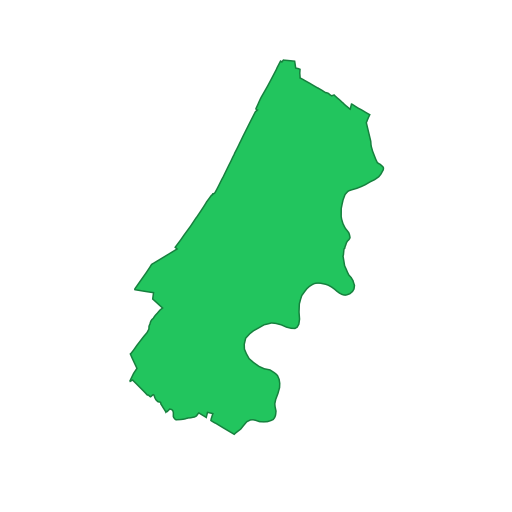 outline of Tamaseni, Neamt, Romania, rotated 53°
{"feature_id": "2599482B76925669671751", "entity_name": "Tamaseni", "entity_type": "district", "adm_level": 2, "iso_a3": "ROU", "parent_name": "Romania", "parent_adm1": "Neamt", "projection": "albers", "projection_center": [26.944, 47.0], "detail": "fine", "context": "isolated", "style": "filled", "palette": "green", "viewbox_px": 512, "rotation_deg": 53, "n_neighbors": 0, "source": "geoboundaries", "source_scale": "gbopen_adm2", "svg_char_len": 5409}
<svg xmlns="http://www.w3.org/2000/svg" viewBox="0 0 512 512"><g transform="rotate(53 256 256)"><path d="M383.3,360.5L383.6,359.0L385.0,356.9L387.1,355.1L390.4,352.9L393.2,349.5L395.2,346.5L396.4,343.0L396.9,340.7L396.3,338.5L395.2,336.6L394.0,335.3L391.9,333.4L387.7,331.4L385.3,329.9L382.4,326.6L378.9,321.1L375.3,316.4L372.0,313.7L368.5,311.8L364.4,310.8L362.1,311.1L359.7,311.8L355.4,313.4L351.0,317.3L345.9,320.1L339.5,322.1L333.8,323.3L328.2,322.5L323.4,321.3L319.4,318.5L315.4,313.7L314.3,307.7L314.2,302.9L315.1,296.5L315.8,290.9L317.4,287.3L318.8,283.9L321.8,280.7L326.2,277.2L331.1,274.5L334.9,271.4L337.3,268.5L337.6,266.0L336.2,262.8L332.6,259.2L326.7,255.4L320.3,250.2L317.1,246.1L315.1,243.2L313.6,238.3L312.7,235.0L312.4,231.7L312.6,229.0L312.8,227.5L313.1,226.1L313.8,224.5L315.1,222.6L316.5,220.9L320.6,217.3L322.9,215.8L326.3,214.3L329.9,213.2L332.8,212.6L335.8,211.7L338.5,210.4L340.1,209.2L341.2,207.9L341.8,206.4L342.6,203.8L342.4,200.3L341.3,197.6L338.8,195.1L334.8,193.7L334.2,193.4L330.6,193.0L327.0,193.3L323.8,192.7L320.8,191.9L320.2,191.8L317.1,191.1L309.7,187.2L309.3,186.9L308.6,186.8L307.7,185.5L303.4,181.6L303.3,180.6L302.1,179.2L301.2,177.7L299.8,175.7L299.1,173.9L298.9,172.2L298.4,170.7L297.8,169.8L296.2,169.0L295.1,168.5L293.6,168.0L292.8,167.9L287.8,168.0L286.2,167.8L282.5,167.1L278.2,165.5L275.7,164.2L269.3,159.3L266.2,155.8L263.5,152.6L260.5,147.9L260.0,145.6L259.7,143.8L259.8,142.6L260.7,139.8L262.6,134.8L263.9,130.1L264.8,125.9L265.5,120.0L266.4,115.4L266.5,113.3L266.6,110.3L265.8,107.1L265.2,105.7L264.5,104.2L263.8,102.6L263.0,101.7L262.3,101.2L261.5,101.0L260.9,101.0L257.7,101.6L256.2,102.3L254.4,102.9L250.9,102.2L242.4,99.8L240.4,99.0L238.3,98.2L236.5,97.3L233.4,95.3L217.1,88.2L215.8,87.6L215.5,87.0L215.2,86.4L214.7,85.6L214.3,85.1L213.9,84.3L213.7,84.0L213.5,83.6L213.0,82.8L212.5,81.8L211.6,80.1L211.0,80.4L210.1,80.8L207.3,82.0L205.5,82.7L203.5,83.5L201.9,84.2L200.9,84.7L199.7,85.3L199.1,85.5L198.5,85.8L197.8,86.0L196.6,86.5L195.1,87.0L194.3,87.3L193.8,87.5L193.5,87.6L192.5,88.0L192.2,88.1L192.1,88.3L194.3,91.0L195.5,92.5L195.3,92.6L195.1,92.6L191.0,93.5L190.8,93.6L187.9,94.2L186.1,94.4L184.7,94.8L183.2,95.0L181.1,95.4L178.6,96.0L177.4,96.2L176.1,96.5L175.1,96.6L174.4,96.7L173.6,99.2L171.5,100.0L170.6,100.1L169.3,100.5L168.5,101.1L167.7,101.7L167.5,102.1L165.4,102.9L163.4,103.6L163.2,103.7L160.8,104.7L159.3,105.4L159.2,105.4L159.2,105.5L157.8,106.1L153.0,108.1L150.5,109.1L148.9,109.8L147.9,110.3L147.2,110.5L146.7,110.8L146.3,111.0L145.7,111.2L145.4,111.4L143.8,112.0L142.1,112.8L140.8,113.4L140.2,113.7L139.9,113.3L136.3,111.0L133.4,108.5L131.7,109.5L129.8,111.2L123.7,107.9L120.4,111.4L119.8,112.1L119.3,112.6L117.4,114.7L116.9,115.3L116.4,115.9L116.0,116.2L116.6,118.6L115.5,118.9L115.1,119.1L118.3,125.8L119.2,127.3L124.8,139.1L127.2,144.3L129.8,150.3L132.3,156.2L133.2,158.0L135.2,161.7L135.8,162.7L138.3,167.4L138.5,167.5L138.9,167.6L139.3,167.6L139.6,167.5L140.0,167.2L140.3,167.0L140.4,167.4L140.4,169.6L141.6,172.1L145.8,180.7L152.7,194.6L155.4,199.8L155.6,200.3L157.3,203.5L159.0,206.9L161.0,211.1L161.9,212.5L162.9,214.7L165.3,219.2L167.1,222.9L169.3,227.2L171.8,232.1L173.1,234.6L173.7,236.0L174.3,237.3L176.3,241.3L177.5,243.7L179.1,247.0L180.4,249.9L180.8,250.9L180.9,251.3L180.9,251.6L180.5,252.8L180.3,253.1L180.4,253.3L180.5,253.5L180.9,253.6L180.9,253.9L180.7,254.8L180.8,255.4L182.0,259.3L183.0,262.8L183.7,264.4L185.2,268.3L186.3,271.4L187.3,274.2L188.5,277.7L188.8,278.5L189.2,279.7L189.5,280.9L192.9,290.6L195.9,300.6L197.8,306.3L200.4,315.3L202.9,314.8L202.9,315.0L202.5,319.0L200.9,334.9L200.0,343.1L199.9,344.5L201.2,347.8L203.5,354.4L206.6,364.1L207.9,368.1L208.1,368.7L208.4,369.6L208.7,370.6L209.1,371.8L209.4,372.6L209.9,373.0L210.0,373.0L218.1,365.3L222.2,361.3L223.6,359.9L228.2,364.4L233.3,363.4L238.2,362.5L241.3,361.9L241.4,365.1L241.9,367.5L242.3,369.1L242.5,370.4L242.8,372.1L243.4,374.1L244.0,375.6L244.1,377.2L244.5,378.6L244.9,379.4L245.6,380.5L246.4,381.4L246.8,382.2L247.3,383.1L247.7,383.6L248.2,384.2L249.0,384.7L250.0,385.7L251.6,389.1L252.6,393.6L253.2,395.9L255.7,404.9L257.4,410.1L258.5,414.1L258.6,415.3L263.2,416.4L274.1,418.7L276.1,424.4L279.9,431.8L280.4,431.9L280.8,429.2L288.7,428.1L298.4,426.8L301.5,426.5L301.7,426.4L301.9,426.1L302.1,425.8L302.4,425.6L302.9,425.5L304.1,425.3L304.8,425.1L305.0,424.9L305.0,424.5L304.8,422.2L304.8,421.8L305.0,421.4L305.3,421.3L305.9,421.3L306.7,421.5L307.5,421.8L308.4,422.1L309.0,422.2L310.3,422.4L311.2,422.4L312.0,422.2L312.7,422.2L313.1,422.1L313.5,421.9L314.2,421.3L314.8,420.7L315.2,420.4L315.5,420.3L315.8,420.4L316.5,420.8L317.2,421.1L317.9,421.1L319.1,421.2L320.9,421.4L323.7,421.6L325.9,421.8L326.6,422.0L326.4,420.7L326.8,420.5L326.3,417.0L326.7,416.7L327.4,416.1L328.4,415.6L329.8,415.6L331.4,416.3L333.2,417.7L334.4,418.6L335.4,418.9L336.5,418.9L337.2,418.9L337.8,418.8L338.2,418.7L338.7,418.4L339.4,417.4L339.8,416.7L340.6,415.6L341.5,414.2L342.8,411.9L343.5,410.4L343.8,409.4L344.3,408.3L344.6,407.5L345.2,406.6L345.9,405.5L346.4,404.4L346.9,403.3L347.5,402.2L347.7,401.2L347.9,399.8L347.5,398.9L347.6,398.7L347.4,398.1L347.0,397.0L346.9,396.1L354.4,393.1L355.0,392.9L354.0,391.7L351.7,388.8L355.9,385.3L359.1,389.8L360.2,391.0L360.9,390.8L364.4,389.4L365.4,388.8L367.4,388.0L373.2,385.7L378.8,383.4L385.3,380.7L385.1,379.2L385.0,372.3L384.0,368.4L382.8,363.2L383.3,360.5Z" fill="#22c55e" stroke="#15803d" stroke-width="1.5"/></g></svg>